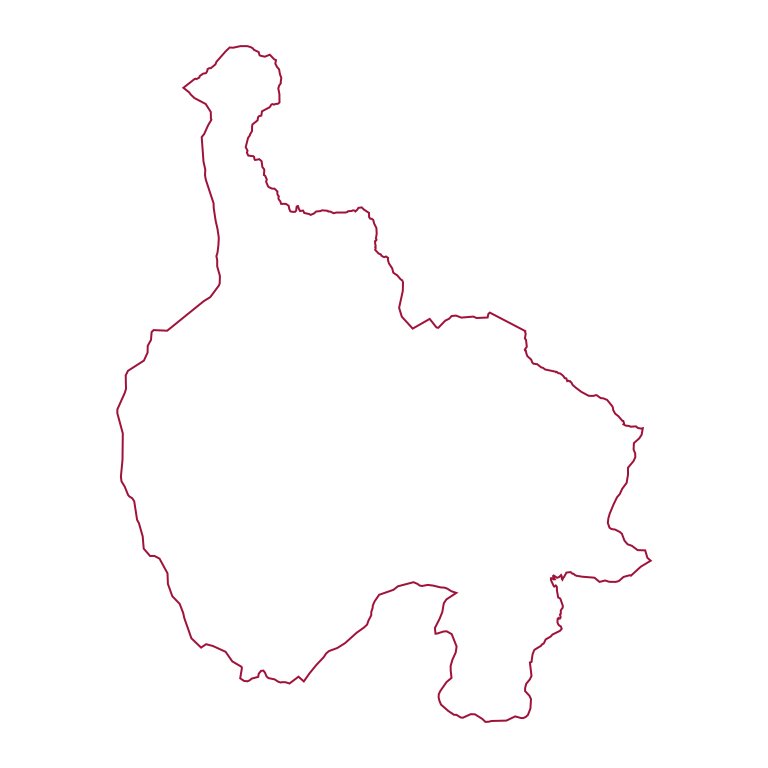 San Pedro y San Pablo Ayutla, Oaxaca, Mexico (Natural Earth projection)
{"feature_id": "50627088B37574101781202", "entity_name": "San Pedro y San Pablo Ayutla", "entity_type": "district", "adm_level": 2, "iso_a3": "MEX", "parent_name": "Mexico", "parent_adm1": "Oaxaca", "projection": "natural_earth1", "projection_center": [-96.113, 17.038], "detail": "fine", "context": "isolated", "style": "outline", "palette": "rose", "viewbox_px": 768, "rotation_deg": 0, "n_neighbors": 0, "source": "geoboundaries", "source_scale": "gbopen_adm2", "svg_char_len": 6084}
<svg xmlns="http://www.w3.org/2000/svg" viewBox="0 0 768 768"><path d="M269.8,54.7L264.8,56.7L260.1,55.6L259.5,55.1L258.7,52.1L253.9,49.8L252.8,48.3L250.4,47.0L247.1,46.1L240.6,46.1L233.2,47.7L229.7,47.5L225.7,51.3L216.5,61.7L215.4,64.4L210.8,68.2L209.2,68.2L207.6,69.1L207.2,71.2L206.0,73.1L203.0,73.7L199.6,76.2L199.3,77.6L196.4,79.1L195.6,78.7L194.6,79.0L183.4,87.8L189.1,92.3L190.8,94.6L194.5,98.1L205.7,104.0L210.8,112.0L210.9,118.7L211.4,119.7L208.1,125.3L204.2,134.0L201.7,137.1L203.5,161.7L205.3,169.7L205.0,175.2L205.8,179.7L213.6,203.4L213.7,207.9L215.6,220.6L217.5,229.0L218.8,237.8L218.4,245.3L217.5,252.6L216.4,256.1L217.2,260.1L217.2,266.4L219.9,275.9L219.7,283.4L218.9,285.5L210.3,297.1L203.8,301.1L167.2,330.7L153.6,330.1L151.6,332.1L151.0,339.9L147.7,345.9L147.6,352.5L143.9,360.6L128.0,370.8L125.7,375.4L126.0,388.9L124.8,392.8L117.4,409.3L117.3,413.1L122.8,433.4L122.5,459.8L120.9,476.7L121.5,481.4L124.6,486.4L128.1,495.0L129.4,496.5L132.2,498.2L134.2,501.2L137.1,519.9L138.9,523.1L142.7,536.4L143.7,548.6L150.1,556.0L154.3,555.9L159.5,558.6L167.5,573.3L167.9,583.9L172.3,596.2L179.7,603.9L183.2,613.0L184.3,618.1L191.4,638.3L201.1,647.6L206.1,644.2L212.9,646.0L225.6,651.8L232.3,661.4L241.5,666.8L241.9,668.1L240.2,678.3L244.0,680.9L247.3,681.3L249.4,680.5L251.7,678.6L258.2,676.9L258.7,673.8L261.0,670.9L263.4,670.6L264.9,672.5L266.6,676.5L268.5,678.1L274.7,679.4L278.2,681.7L280.7,682.5L282.6,682.1L285.8,682.3L289.5,683.5L298.5,676.7L303.8,681.4L309.7,673.1L316.4,664.9L323.7,657.2L326.1,653.5L328.9,651.1L337.3,648.0L345.1,643.1L356.7,632.7L364.0,627.5L367.1,624.6L368.5,620.5L371.2,615.4L371.3,611.9L372.6,608.0L372.8,605.6L374.6,601.4L379.1,594.8L393.5,589.8L397.9,586.3L413.5,582.2L417.5,583.9L419.6,585.5L422.1,586.0L427.7,584.9L433.2,585.6L440.5,587.4L444.3,587.6L447.4,588.7L451.3,591.2L456.3,592.9L446.4,599.4L443.8,603.3L442.3,612.1L439.5,619.0L434.9,628.0L435.5,633.7L437.3,633.5L443.6,631.5L446.6,631.3L451.7,634.1L456.6,646.5L455.7,652.5L452.5,659.5L450.6,666.0L450.7,670.5L451.5,677.9L446.5,682.1L440.3,691.0L438.8,694.2L438.6,697.2L439.4,700.7L441.0,704.6L448.2,710.9L454.0,714.8L456.4,714.8L460.7,717.5L462.9,717.7L470.7,714.2L474.9,714.3L482.3,718.9L485.4,721.9L489.0,721.7L491.3,721.0L506.4,720.6L515.2,716.4L520.9,718.0L523.1,718.1L525.5,717.1L527.9,715.0L530.4,708.6L531.0,699.1L529.4,695.7L525.1,691.1L525.1,688.1L526.2,683.8L529.9,679.3L531.5,675.9L529.9,662.5L531.5,662.0L532.5,654.7L533.9,650.9L534.6,649.7L540.9,645.9L541.9,644.5L543.8,643.4L545.7,639.4L550.6,636.6L552.5,634.5L559.9,630.9L561.7,628.8L560.9,626.5L559.2,625.5L558.1,624.1L557.5,622.5L557.5,620.3L557.7,618.7L558.5,618.0L559.1,618.7L560.2,618.4L560.6,617.1L560.0,614.5L560.8,613.8L560.8,610.3L562.7,607.7L562.8,605.8L560.5,599.1L559.8,598.2L558.2,597.5L557.0,590.9L556.8,586.7L555.8,585.5L554.5,586.6L553.9,586.4L551.0,580.2L550.9,578.3L551.5,578.2L553.7,579.4L554.8,579.3L553.2,576.7L553.1,576.0L553.7,575.5L557.1,577.8L559.3,576.9L561.1,575.0L561.5,575.7L561.9,579.0L562.4,579.7L563.4,577.4L564.0,577.1L566.4,572.6L570.6,572.1L572.4,573.7L573.5,573.8L575.1,575.2L576.7,575.8L582.2,576.7L594.5,577.7L599.5,581.9L605.2,580.5L609.2,581.8L615.8,581.9L618.9,581.0L623.6,576.9L629.9,575.2L630.9,575.7L640.9,566.6L650.7,560.7L647.4,557.8L645.2,550.4L637.6,550.1L631.9,545.8L627.6,544.3L624.5,540.7L621.9,533.8L619.9,532.0L615.2,529.6L611.4,529.0L609.5,527.7L607.8,522.9L608.4,518.2L609.7,513.7L613.7,504.1L617.0,497.3L619.7,494.2L622.2,488.8L626.6,482.9L628.0,474.8L628.0,467.7L633.5,461.1L635.3,457.2L635.2,453.4L633.6,449.5L633.9,443.1L639.3,438.3L641.6,434.8L642.8,428.2L641.1,428.6L638.6,428.1L637.6,427.8L636.0,426.4L630.6,426.7L629.1,426.0L625.7,425.6L623.4,424.3L624.1,423.4L623.3,421.0L622.4,420.9L618.3,416.1L615.2,413.7L613.3,410.3L612.8,407.3L612.1,406.0L607.1,399.9L603.5,398.4L600.7,398.1L596.8,395.3L595.9,395.1L593.5,395.9L588.7,395.8L581.4,391.9L575.8,387.7L572.6,384.9L571.6,382.9L570.1,381.2L569.5,381.4L568.4,380.7L567.2,381.1L566.3,378.4L564.6,378.1L563.9,376.7L562.4,375.1L560.0,373.4L558.3,373.2L556.8,371.9L556.0,372.2L555.6,371.7L545.2,369.5L542.9,367.8L541.1,367.3L537.2,364.2L533.5,363.7L532.3,362.5L531.1,359.5L527.4,356.2L526.4,353.6L525.8,350.6L525.1,350.5L524.8,349.6L526.8,346.7L526.0,339.8L524.9,338.5L525.7,333.8L525.1,332.1L525.3,331.1L489.8,312.6L488.4,313.9L487.6,317.5L476.5,318.0L473.4,316.6L461.3,317.6L456.0,315.6L451.7,316.0L449.0,318.8L445.3,320.6L438.3,327.8L436.4,327.4L429.7,318.9L412.7,328.6L401.8,316.7L399.1,307.8L402.8,290.9L403.0,282.4L402.3,280.4L400.6,279.3L397.3,275.4L393.3,272.7L392.2,268.4L388.9,263.3L387.9,259.9L388.1,257.9L386.0,256.5L384.4,257.1L383.0,256.7L381.4,255.6L380.9,254.5L378.6,253.5L375.2,249.9L375.7,247.9L375.2,247.2L375.7,245.8L375.3,244.6L375.0,241.2L376.2,240.5L376.5,239.6L375.9,238.7L376.7,233.7L376.4,228.0L374.2,223.7L373.2,219.9L371.7,218.8L370.2,218.7L369.1,217.1L369.0,212.9L363.8,209.5L361.7,207.4L358.4,207.9L357.2,209.8L355.4,211.4L355.0,210.8L353.1,210.3L351.5,211.0L348.2,211.2L347.3,212.0L345.5,212.5L336.7,212.5L333.6,213.2L330.2,211.5L328.2,211.5L327.7,210.8L322.0,210.3L320.4,211.1L316.1,211.5L314.1,213.4L310.7,214.9L309.1,214.0L304.3,213.0L303.1,210.6L300.0,211.0L298.6,208.2L298.1,206.1L297.3,206.1L296.6,206.8L296.2,210.5L295.1,211.8L293.2,211.9L290.7,211.5L290.1,211.0L289.1,208.3L288.7,205.8L287.0,204.6L285.9,203.9L281.1,203.9L280.3,201.3L278.7,199.3L278.4,197.9L278.8,196.3L277.8,195.2L277.3,193.5L277.4,191.5L274.6,188.7L272.0,188.6L268.6,187.0L267.8,185.8L266.1,181.6L266.8,179.6L265.2,175.8L263.9,175.0L264.3,170.1L264.1,169.2L262.4,167.1L261.6,161.2L259.3,159.2L255.1,160.0L254.5,159.3L254.1,156.9L253.3,156.2L248.3,155.6L246.9,152.7L247.5,150.7L245.7,147.1L248.1,137.8L249.8,135.5L250.1,134.3L252.0,131.1L252.1,126.1L252.5,124.4L257.5,120.4L258.1,117.2L259.1,116.1L261.3,115.6L262.0,111.3L269.7,107.2L271.3,104.7L272.2,104.1L274.1,104.6L275.4,104.0L278.1,103.7L279.5,102.4L279.4,94.2L278.3,88.3L279.3,85.3L280.8,83.3L280.7,82.2L281.3,77.9L280.0,74.4L279.1,69.4L277.0,66.9L275.3,63.6L276.0,60.2L274.1,59.2L269.8,54.7Z" fill="none" stroke="#9f1239" stroke-width="2"/></svg>